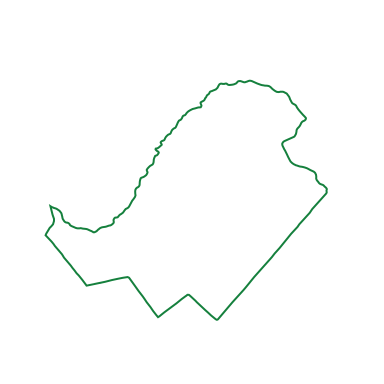 outline of San Cristóbal Verapaz, Alta Verapaz, Guatemala, rotated 115°
{"feature_id": "79465075B68623160282073", "entity_name": "San Cristóbal Verapaz", "entity_type": "district", "adm_level": 2, "iso_a3": "GTM", "parent_name": "Guatemala", "parent_adm1": "Alta Verapaz", "projection": "equal_earth", "projection_center": [-90.595, 15.383], "detail": "fine", "context": "isolated", "style": "outline", "palette": "green", "viewbox_px": 384, "rotation_deg": 115, "n_neighbors": 0, "source": "geoboundaries", "source_scale": "gbopen_adm2", "svg_char_len": 5982}
<svg xmlns="http://www.w3.org/2000/svg" viewBox="0 0 384 384"><g transform="rotate(115 192 192)"><path d="M264.7,314.3L271.6,308.7L274.7,305.7L276.7,304.8L280.0,304.3L282.8,305.1L284.6,305.8L288.6,306.2L291.3,306.5L293.1,306.4L296.1,298.8L296.4,298.1L297.6,295.6L298.9,293.4L303.4,283.5L305.6,280.2L310.0,270.6L311.3,268.3L312.7,265.4L314.4,262.3L315.5,259.4L318.0,254.3L321.0,248.7L321.4,248.0L321.0,247.4L310.1,232.8L305.6,227.3L301.9,222.4L298.9,218.3L296.3,214.4L296.3,212.8L301.0,204.4L304.3,198.6L307.4,192.6L308.9,190.0L311.1,186.4L313.8,181.1L316.3,176.9L318.4,172.8L319.8,169.9L318.4,169.0L312.7,166.2L303.1,161.0L299.2,158.9L293.4,156.1L289.0,153.7L288.4,153.3L287.1,152.7L286.5,151.3L287.2,148.8L288.4,145.1L289.1,142.9L289.8,141.2L293.3,130.5L294.6,126.2L295.8,122.6L297.3,116.7L297.3,115.4L296.5,114.7L275.0,108.8L258.8,103.8L254.3,102.6L242.7,99.7L217.3,92.1L212.8,91.1L205.6,88.9L188.0,84.5L179.0,81.6L175.9,81.1L161.1,76.5L156.6,75.8L136.5,69.7L135.3,69.8L134.1,70.6L133.5,70.8L132.9,70.9L132.5,71.0L132.0,71.4L131.4,72.6L131.1,73.7L130.9,74.4L130.5,75.2L130.3,76.0L130.3,76.8L130.4,77.4L130.5,78.7L130.5,79.6L130.3,80.3L130.1,80.8L129.8,81.4L129.4,81.9L129.2,82.6L128.8,83.3L128.5,83.9L127.8,84.7L127.2,85.2L126.4,85.5L125.5,85.9L124.7,86.4L123.8,87.0L123.3,87.7L122.7,88.4L122.4,89.1L122.1,90.3L122.1,92.5L122.1,94.0L122.0,95.3L121.9,97.0L121.9,98.1L122.1,100.1L122.4,101.8L122.7,103.1L123.1,104.3L123.4,105.5L123.5,106.7L123.7,108.4L123.9,109.4L123.8,110.2L123.8,111.6L123.6,112.6L123.5,113.2L123.2,114.2L122.7,115.6L121.6,117.1L119.6,119.7L117.9,121.7L115.0,125.3L114.4,126.3L113.0,128.0L111.7,129.6L110.6,130.4L109.8,130.7L109.1,130.6L107.9,130.4L106.9,129.8L105.6,128.7L98.9,122.9L98.3,122.6L97.1,122.4L96.3,122.4L95.8,122.3L94.5,122.5L93.3,122.8L92.7,123.0L91.9,123.3L91.2,123.4L90.1,123.3L89.1,123.0L87.7,122.5L86.3,122.2L85.6,122.2L84.9,122.1L83.7,122.2L83.0,122.1L82.4,122.0L81.2,121.5L80.2,120.6L79.5,120.1L78.5,119.7L77.8,119.7L77.0,119.9L76.7,120.2L76.0,121.8L75.3,123.7L75.0,124.4L73.5,127.9L72.4,130.2L71.9,131.1L70.9,132.8L70.4,133.3L70.1,133.8L69.7,134.3L69.4,135.4L69.3,136.9L69.2,138.4L68.9,139.1L68.2,140.1L66.6,142.2L65.7,143.1L64.9,143.9L64.4,144.7L64.1,145.2L63.2,146.9L62.8,147.6L62.7,148.2L62.7,149.1L62.6,150.8L62.7,151.9L63.8,154.3L64.5,155.2L64.9,155.9L65.1,156.5L65.4,157.4L65.4,158.3L65.3,159.3L65.2,160.1L64.6,162.8L64.1,164.1L63.7,165.3L63.5,166.7L63.6,167.6L64.0,169.0L64.5,170.2L64.9,171.2L65.0,171.8L65.6,173.9L65.8,175.3L66.1,178.7L66.2,184.9L66.6,186.4L66.9,187.0L67.8,188.0L68.7,188.8L69.4,189.6L70.1,190.3L70.5,191.1L70.7,192.0L70.7,192.6L70.8,193.4L70.9,194.4L71.1,195.3L71.8,196.5L72.2,196.9L72.6,197.2L73.8,197.5L74.9,197.9L75.5,198.4L76.8,199.6L77.9,201.1L78.9,202.8L79.3,203.5L79.5,204.3L79.5,205.3L79.2,206.2L79.3,207.0L80.0,208.0L80.4,208.4L80.6,208.9L81.0,209.7L81.3,210.9L81.8,211.9L82.7,212.6L83.7,212.8L85.1,212.9L86.2,212.9L87.1,213.0L87.7,213.3L88.9,213.7L90.1,214.8L91.6,216.2L92.2,216.7L92.6,217.2L93.2,217.8L93.9,218.1L94.7,218.1L95.6,218.1L96.6,218.4L97.1,218.8L97.6,219.1L98.6,219.3L99.7,219.3L100.4,219.3L100.9,219.5L101.4,219.7L102.0,219.7L102.7,219.6L103.4,219.7L103.8,219.8L104.4,220.1L105.1,220.6L105.6,221.0L106.2,221.4L107.1,222.0L107.7,221.9L108.1,221.6L108.6,221.0L109.2,220.4L109.6,220.0L110.5,219.8L111.5,219.9L112.0,220.7L112.5,221.7L113.1,222.5L114.9,224.5L116.5,226.5L118.5,228.1L120.3,229.3L121.4,229.8L122.9,230.3L124.4,230.5L125.0,230.7L125.5,231.0L126.1,231.7L126.8,232.2L127.5,232.4L129.3,232.3L130.5,232.5L131.4,232.8L131.9,233.2L132.4,233.7L133.0,234.0L134.8,234.2L137.6,234.1L139.3,234.1L140.1,234.1L140.9,234.3L141.8,235.1L143.1,235.8L144.1,236.2L145.2,236.3L146.3,236.3L147.1,236.2L147.7,236.2L148.3,236.3L148.8,236.6L149.3,237.1L150.3,237.9L151.2,238.3L152.9,238.9L154.8,239.1L155.8,239.0L156.6,239.1L157.3,239.5L157.8,240.1L158.6,240.8L159.1,241.1L159.6,241.3L160.2,241.4L160.7,241.0L161.4,239.9L162.0,239.4L163.3,239.9L165.6,240.9L166.6,241.5L167.0,241.9L167.4,242.3L168.0,243.2L168.7,243.1L169.1,242.6L169.3,241.9L169.6,241.0L169.7,240.3L169.7,239.6L170.3,238.8L170.9,238.7L172.3,238.9L173.1,239.1L173.8,239.5L174.4,240.2L174.8,240.6L175.6,240.6L177.2,240.6L178.9,240.3L179.9,239.9L181.3,239.4L182.1,239.3L182.8,239.2L183.8,239.4L184.5,239.9L185.1,240.3L185.6,240.7L186.1,241.0L186.6,241.2L187.6,241.6L189.5,242.2L190.9,242.4L191.7,242.0L192.1,241.5L192.7,240.8L193.3,240.5L194.0,240.5L195.0,240.5L196.2,240.7L196.9,241.1L198.2,241.8L199.2,242.6L200.0,243.4L200.6,244.0L201.4,244.3L202.9,244.1L204.3,243.8L205.7,243.3L207.2,242.7L207.7,242.5L208.5,242.4L209.4,242.5L210.5,243.0L211.2,243.6L212.1,244.0L212.8,244.2L213.5,244.2L214.1,244.2L215.6,243.7L217.7,242.6L218.8,241.8L220.4,241.6L221.9,241.8L223.5,242.1L225.1,242.5L228.8,242.7L230.6,242.8L232.0,242.9L233.3,243.3L234.0,243.8L234.7,244.3L235.4,244.9L236.1,245.1L237.4,245.4L238.7,245.6L239.8,245.8L240.8,246.3L242.2,247.1L242.8,247.6L243.5,247.9L244.3,248.2L245.3,248.4L246.3,248.7L247.0,249.6L247.4,250.3L247.8,250.9L248.8,251.3L249.4,251.3L249.9,251.4L250.7,251.2L251.2,250.9L252.1,250.3L252.9,250.0L253.9,250.2L254.8,250.6L256.0,251.2L256.9,252.0L257.3,252.7L258.0,253.5L259.3,254.8L260.0,255.6L260.6,256.5L261.4,257.7L262.0,258.6L262.6,259.2L263.4,259.9L264.2,260.4L265.0,260.7L265.8,261.2L267.0,261.6L268.0,262.0L268.6,262.5L269.4,263.1L269.8,263.5L270.2,264.4L270.0,265.2L270.0,265.8L269.9,266.7L270.0,267.5L270.0,270.8L270.1,271.7L270.4,272.8L271.4,275.7L271.6,276.8L271.8,277.6L272.7,279.0L273.0,279.7L273.3,280.4L273.5,281.1L273.7,282.4L273.7,283.3L273.8,286.9L273.7,287.7L273.6,288.4L273.0,289.2L272.7,289.7L272.4,290.8L272.4,291.7L272.6,292.4L272.8,292.9L272.9,293.7L272.8,294.6L272.5,295.4L271.3,297.3L270.9,297.9L270.5,298.2L270.0,298.6L269.0,299.3L268.2,300.0L267.5,300.5L266.8,301.1L266.4,301.5L266.0,302.2L265.4,303.4L265.0,304.2L264.9,305.0L264.6,306.7L264.5,307.5L264.5,308.4L264.7,309.8L264.8,310.5L264.8,311.3L264.9,312.8L264.8,313.5L264.7,314.3Z" fill="none" stroke="#15803d" stroke-width="2"/></g></svg>